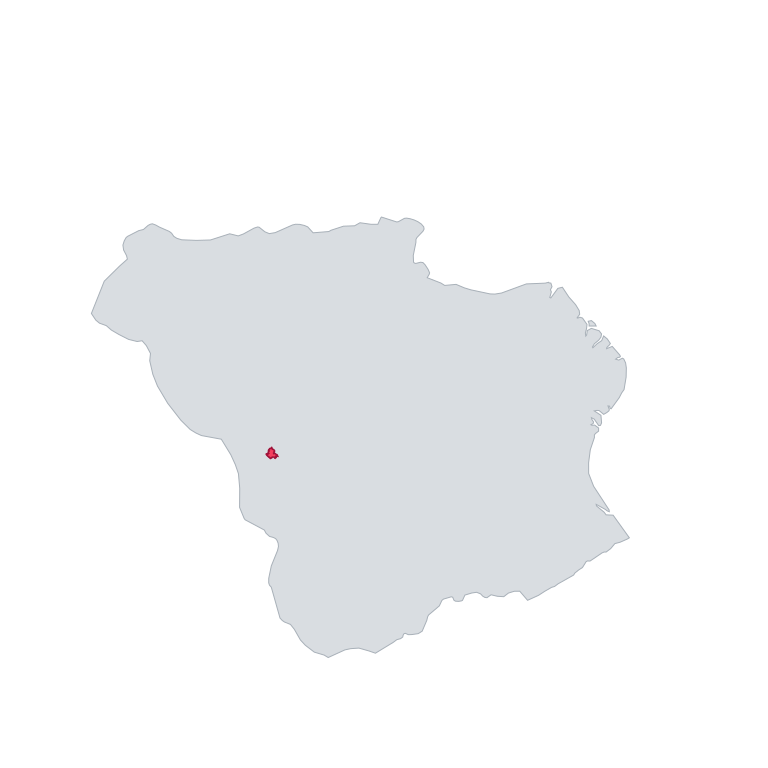 Gezawa, Kano, Nigeria (highlighted), rotated 237°
{"feature_id": "59680162B10012275275709", "entity_name": "Gezawa", "entity_type": "district", "adm_level": 2, "iso_a3": "NGA", "parent_name": "Nigeria", "parent_adm1": "Kano", "projection": "mercator", "projection_center": [8.662, 12.062], "detail": "fine", "context": "in_parent", "style": "filled", "palette": "rose", "viewbox_px": 768, "rotation_deg": 237, "n_neighbors": 0, "source": "geoboundaries", "source_scale": "gbopen_adm2", "svg_char_len": 5586}
<svg xmlns="http://www.w3.org/2000/svg" viewBox="0 0 768 768"><g transform="rotate(237 384 384)"><path d="M602.5,177.0L622.6,205.4L626.9,226.4L628.5,236.8L631.9,238.0L638.2,238.6L642.7,240.7L645.5,244.1L647.2,247.3L647.5,249.2L646.2,261.8L644.6,266.4L645.5,272.6L645.2,275.2L644.5,277.0L641.7,279.1L637.9,281.1L628.8,287.1L626.1,288.0L622.3,288.1L619.0,289.6L615.1,292.9L606.6,304.9L599.3,316.9L594.0,336.4L587.6,342.4L586.4,347.8L585.5,359.9L584.5,363.6L583.4,364.7L576.5,367.0L572.6,369.7L570.2,375.2L567.2,393.9L566.1,396.9L563.8,400.2L560.3,403.6L557.3,405.6L549.4,406.9L541.9,420.8L541.8,423.3L538.4,436.0L532.7,445.5L532.3,451.7L525.0,460.1L521.3,465.8L525.1,471.8L525.4,472.8L513.0,482.9L512.3,484.4L511.8,491.4L510.8,493.3L508.5,495.8L505.2,498.6L501.7,500.8L497.9,502.4L494.2,502.9L492.1,502.0L490.9,499.9L488.9,491.4L487.8,489.5L485.4,487.9L475.8,478.5L470.0,475.1L468.8,475.4L467.8,476.3L466.2,481.0L464.6,482.8L461.5,483.4L456.2,483.4L452.4,482.8L451.5,481.8L449.6,478.1L437.7,486.7L433.6,488.6L428.3,498.7L420.8,503.8L415.6,508.2L401.8,522.0L399.0,526.0L396.3,532.1L390.4,557.9L380.8,574.1L379.6,577.5L379.0,577.4L377.7,578.9L374.1,577.9L372.4,574.9L370.1,574.5L366.2,570.1L365.3,570.8L369.5,581.9L368.0,586.3L356.3,586.4L346.2,587.9L339.3,587.7L335.9,586.1L334.3,582.0L333.7,582.4L333.4,584.6L331.2,586.4L323.4,586.7L320.0,583.9L317.2,580.7L314.3,579.3L314.7,580.6L318.1,583.7L317.7,588.2L311.5,593.4L307.5,593.7L305.1,591.4L303.8,587.8L303.2,582.4L301.5,578.9L300.6,578.9L301.7,584.7L301.8,590.2L304.7,594.4L300.2,595.8L294.7,595.9L294.0,594.3L293.3,590.8L292.4,589.9L291.2,595.9L280.0,597.5L278.4,597.3L278.1,596.2L278.9,594.5L278.7,591.8L276.2,593.9L275.8,598.0L274.4,598.7L270.1,598.1L265.5,596.0L257.9,590.8L248.6,582.3L247.1,578.5L244.4,573.8L239.5,561.0L240.4,560.4L242.6,561.1L243.6,559.9L239.8,559.0L239.0,558.1L238.7,555.2L238.9,551.7L244.7,549.9L246.1,547.8L246.9,545.7L239.6,548.9L232.9,545.3L231.4,543.0L232.1,541.4L240.0,541.2L242.8,539.6L241.1,539.0L238.1,539.1L237.0,538.0L237.1,535.3L236.1,535.9L234.8,538.3L230.2,540.0L227.6,538.3L227.3,534.4L226.7,532.7L224.5,531.3L216.5,521.2L206.5,512.7L197.5,506.9L184.0,504.1L155.8,504.2L154.2,503.4L156.0,502.1L158.5,501.2L167.5,496.4L166.0,495.8L156.6,498.8L153.3,499.0L149.2,504.7L121.4,506.0L121.5,503.4L122.7,495.9L124.4,490.7L122.5,484.5L122.1,478.8L123.2,477.1L123.6,474.9L123.3,460.4L124.8,458.2L124.9,456.7L122.0,450.5L122.0,445.8L121.5,441.1L120.5,439.0L121.6,421.2L121.3,416.8L122.2,413.7L122.6,406.0L122.6,398.5L124.4,386.6L136.3,385.0L139.2,380.4L140.9,374.5L140.4,368.6L144.2,363.5L148.9,359.0L148.7,354.0L150.0,352.4L152.2,351.3L155.4,350.7L158.9,348.2L160.9,343.8L162.9,336.9L159.8,332.0L159.9,330.9L161.0,328.3L162.9,325.7L164.4,324.9L167.8,325.5L168.9,324.5L171.2,316.8L171.0,314.7L167.8,309.6L166.0,295.6L165.0,293.8L162.5,291.2L155.9,281.4L156.0,276.7L158.8,270.7L160.6,267.8L163.2,266.2L163.7,264.8L162.9,263.2L161.6,261.9L161.4,259.2L162.6,255.5L162.3,251.3L162.9,230.2L168.3,226.0L176.2,219.1L180.2,211.9L182.3,206.4L185.0,188.2L189.2,186.2L197.1,179.5L207.8,175.7L214.8,174.5L227.1,175.2L233.3,174.6L238.6,170.9L241.0,169.9L244.3,169.3L274.9,178.8L277.7,178.4L280.0,179.0L283.8,181.5L292.8,190.4L302.3,204.0L305.2,207.0L308.1,208.5L311.1,209.1L313.4,208.9L315.6,207.6L318.5,205.0L323.0,203.8L326.7,204.1L345.7,193.6L347.5,193.5L359.2,195.7L375.1,206.2L388.1,213.1L397.3,215.4L408.1,217.0L426.3,217.5L440.2,202.8L445.3,199.6L451.4,196.7L464.3,193.9L485.6,192.1L505.6,192.9L518.0,195.4L531.1,200.2L536.8,204.8L545.6,205.6L552.0,204.7L554.1,200.1L560.5,194.1L570.0,188.6L577.8,184.7L584.2,182.9L590.0,178.5L594.5,177.1L602.5,177.0ZM324.2,592.5L319.9,593.8L317.1,593.5L320.9,587.6L322.9,588.9L325.4,589.4L324.2,592.5Z" fill="#d9dde1" stroke="#a8b0b8" stroke-width="1"/><path d="M381.4,255.5L381.5,255.5L381.8,255.5L382.0,255.6L382.3,255.7L382.5,255.7L382.5,255.8L382.8,255.8L383.0,255.8L383.4,255.5L383.9,255.1L384.7,255.0L384.9,254.8L385.1,254.6L385.5,254.1L385.6,253.6L386.0,253.6L386.3,253.8L386.4,254.2L386.5,254.7L386.6,254.9L386.7,255.1L387.0,255.0L387.4,255.1L387.4,255.4L387.5,255.8L387.8,255.8L388.1,255.8L388.4,255.9L388.8,255.8L389.0,255.7L389.3,255.6L389.5,255.5L389.7,255.4L389.9,255.0L390.1,255.1L390.3,255.0L390.8,255.1L391.4,255.2L391.7,255.3L392.0,255.3L392.0,255.2L391.9,254.9L391.3,254.5L391.3,254.3L391.5,253.9L391.8,253.9L392.1,253.3L392.1,253.2L392.1,252.8L391.9,252.4L391.7,252.2L391.7,251.7L391.6,251.4L391.4,251.1L391.2,250.9L390.4,251.3L390.2,250.8L390.2,250.6L390.1,250.4L390.1,250.2L390.0,249.9L390.0,249.7L389.8,249.6L389.6,249.6L389.4,249.6L389.2,249.6L389.3,249.5L389.3,249.3L389.2,249.1L389.0,248.9L388.9,248.9L388.7,248.7L388.8,248.5L389.3,247.9L389.5,247.3L389.4,247.0L389.1,246.9L388.7,246.9L388.2,246.9L388.2,247.3L388.1,247.6L387.9,247.0L387.2,247.2L386.8,247.1L386.6,247.2L386.0,247.7L385.6,247.8L385.4,247.5L385.0,247.7L384.8,247.8L384.7,247.8L384.4,247.9L384.1,248.0L383.9,248.0L383.7,248.0L383.5,248.3L383.4,248.2L383.3,248.3L383.6,249.0L383.3,249.1L383.1,249.4L383.2,249.7L383.3,249.7L383.3,249.8L383.4,250.0L383.5,250.1L383.6,250.3L383.6,250.5L383.4,250.7L383.4,250.8L383.2,251.0L383.0,251.4L382.5,251.9L382.3,252.2L382.1,252.3L381.9,252.4L381.7,252.4L381.7,252.5L381.7,252.8L381.7,253.0L381.4,253.0L381.4,252.9L381.2,252.9L381.1,252.7L381.3,252.7L381.2,252.5L381.1,252.8L381.1,253.0L381.3,253.0L381.5,253.1L381.6,253.3L381.5,253.5L382.1,253.5L382.1,253.8L382.3,253.9L382.4,254.0L382.1,254.3L381.9,254.3L381.7,254.2L381.6,254.3L381.6,254.5L381.7,254.8L381.7,255.0L381.6,255.3L381.4,255.5Z" fill="#f43f5e" stroke="#9f1239" stroke-width="1.5"/></g></svg>